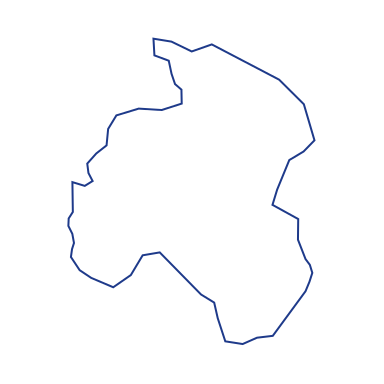 Drochia, Mercator projection, rotated 354°
{"feature_id": "MDA-1619", "entity_name": "Drochia", "entity_type": "District", "adm_level": 1, "iso_a3": "MDA", "parent_name": "Moldova", "parent_adm1": "", "projection": "mercator", "projection_center": [27.875, 48.029], "detail": "fine", "context": "isolated", "style": "outline", "palette": "blue", "viewbox_px": 384, "rotation_deg": 354, "n_neighbors": 0, "source": "natural_earth", "source_scale": "10m", "svg_char_len": 814}
<svg xmlns="http://www.w3.org/2000/svg" viewBox="0 0 384 384"><g transform="rotate(354 192 192)"><path d="M294.5,302.6L257.3,343.5L241.4,343.7L226.5,348.5L209.5,344.0L204.4,320.2L202.5,304.3L190.3,294.9L153.6,248.7L136.3,249.8L122.5,268.2L103.7,278.5L82.8,266.9L72.1,258.0L64.8,244.0L66.7,236.3L69.3,230.4L68.6,221.1L65.5,212.8L66.6,205.4L71.4,199.4L74.1,169.7L86.0,174.7L94.3,170.7L91.0,162.3L90.8,152.8L100.8,143.7L111.9,136.7L115.2,120.5L124.8,107.9L147.7,103.5L170.4,107.3L191.0,103.0L192.2,89.1L186.4,82.9L184.0,72.3L182.6,59.0L168.9,52.2L169.7,35.5L187.3,40.3L206.4,52.2L227.1,47.3L290.4,89.4L312.4,116.4L319.2,153.4L307.2,163.4L292.1,170.4L276.9,198.6L270.7,213.2L294.8,230.0L292.4,250.5L297.9,270.6L301.6,276.8L303.2,285.0L299.4,293.6L294.5,302.6Z" fill="none" stroke="#1e3a8a" stroke-width="2"/></g></svg>